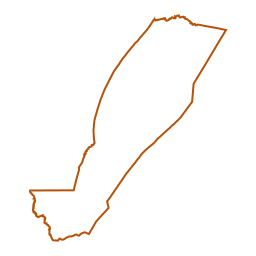 Sinazongwe, Southern, Zambia
{"feature_id": "96606910B20600796740117", "entity_name": "Sinazongwe", "entity_type": "district", "adm_level": 2, "iso_a3": "ZMB", "parent_name": "Zambia", "parent_adm1": "Southern", "projection": "natural_earth1", "projection_center": [27.144, -17.456], "detail": "fine", "context": "isolated", "style": "outline", "palette": "amber", "viewbox_px": 256, "rotation_deg": 0, "n_neighbors": 0, "source": "geoboundaries", "source_scale": "gbopen_adm2", "svg_char_len": 5302}
<svg xmlns="http://www.w3.org/2000/svg" viewBox="0 0 256 256"><path d="M92.2,144.8L91.8,145.0L91.6,145.3L91.4,146.1L91.5,146.5L91.2,146.6L88.6,147.4L88.5,147.8L88.6,148.6L88.1,148.8L86.9,149.9L86.9,150.7L86.8,151.0L86.1,151.0L85.6,151.4L85.7,152.0L85.7,153.7L85.7,153.8L85.3,154.4L85.2,154.4L85.0,153.8L84.8,153.4L84.7,153.4L84.3,154.2L84.2,154.5L84.2,154.8L84.1,155.4L84.2,155.5L84.3,155.6L84.4,156.1L84.1,156.7L84.1,157.1L84.0,157.5L83.4,158.1L83.4,158.3L82.6,161.1L81.8,163.0L78.9,167.3L78.9,167.6L79.0,168.2L79.1,169.6L78.4,172.2L76.6,178.4L73.7,190.3L30.1,190.5L30.0,191.2L30.0,191.4L30.3,192.4L30.6,192.8L31.6,193.4L31.8,193.7L31.8,194.0L32.1,194.4L32.1,194.5L32.5,194.9L32.9,195.2L33.2,195.3L33.2,195.5L33.4,195.7L33.6,195.8L34.0,196.3L34.3,197.3L34.2,197.5L34.1,197.8L34.4,198.1L34.2,198.3L34.3,198.3L34.5,198.5L34.7,198.8L34.7,199.0L34.7,199.3L34.6,199.7L34.9,200.0L35.1,200.6L35.0,201.0L34.9,200.8L34.6,200.8L34.5,201.0L34.7,201.6L34.6,201.9L34.4,202.0L34.1,202.4L34.2,202.5L34.1,202.9L33.9,202.9L33.8,203.2L33.9,204.1L33.8,204.6L33.7,205.0L33.8,205.4L33.6,205.4L33.8,205.7L33.7,206.0L33.8,206.2L33.7,206.4L33.4,206.3L33.3,206.8L33.2,207.0L33.4,207.2L33.5,207.5L33.4,207.8L33.6,208.0L33.3,208.3L33.4,208.5L33.3,208.8L33.1,208.9L33.0,209.2L32.9,209.4L33.2,210.1L33.2,210.4L33.0,210.7L33.2,211.0L33.6,211.2L33.4,211.8L33.4,212.1L33.6,212.3L34.2,212.2L34.3,211.9L34.5,211.9L34.7,212.6L35.1,212.8L35.0,213.1L35.3,212.7L35.6,213.0L35.3,213.2L35.7,213.4L35.8,213.5L35.9,213.8L36.0,213.8L36.2,214.0L35.8,214.3L35.7,214.4L36.2,214.9L36.1,215.5L36.2,215.9L36.4,216.1L36.8,216.4L37.0,216.3L37.5,216.5L37.7,216.8L38.5,217.1L38.7,216.8L38.9,216.9L39.0,216.8L39.2,216.6L40.4,216.2L40.7,216.0L41.8,215.6L42.1,215.5L42.6,215.5L42.4,215.8L42.4,216.0L42.7,216.4L42.9,216.4L43.0,216.2L43.1,215.7L43.5,216.1L43.5,216.5L44.0,216.7L44.5,216.9L44.6,217.2L44.8,217.4L45.0,217.6L45.3,218.2L45.3,218.6L45.2,218.8L44.6,219.2L44.9,219.6L44.7,220.2L44.8,220.4L44.6,221.3L44.5,221.5L44.8,222.4L44.5,222.7L45.2,223.3L45.8,223.3L46.3,223.6L46.6,223.5L46.8,224.6L47.0,224.7L47.5,224.9L48.0,225.0L48.2,225.4L48.5,225.7L48.7,226.2L49.6,226.7L49.6,227.0L49.6,227.9L50.0,228.3L50.1,228.5L49.9,229.0L49.7,229.1L49.0,229.4L48.9,229.6L49.2,230.0L49.6,231.4L49.4,232.4L49.4,233.5L49.4,234.2L49.5,234.6L49.7,234.9L49.8,235.0L50.0,234.9L50.4,234.7L50.7,235.3L51.2,236.8L51.9,238.5L52.6,239.9L52.9,240.1L53.0,240.2L54.1,240.4L56.8,240.5L57.8,240.6L58.0,240.6L58.2,240.4L58.9,239.4L59.2,238.9L59.4,238.7L59.8,238.6L60.0,238.6L60.9,239.3L61.5,239.6L62.0,239.7L63.1,239.6L64.1,239.3L66.6,237.5L67.7,237.2L69.1,236.5L69.7,236.3L70.8,236.5L71.2,236.4L72.1,236.1L73.6,235.7L74.1,235.5L74.4,235.2L74.7,234.9L75.0,234.8L76.1,234.5L77.4,235.1L78.5,235.6L78.8,235.6L79.0,235.6L79.6,235.2L80.4,234.2L81.4,233.6L83.5,232.6L84.2,232.6L84.8,232.3L88.9,234.0L96.3,221.3L108.6,207.9L107.1,201.4L108.4,199.7L111.3,195.6L126.1,173.9L135.5,162.2L137.8,159.0L139.0,157.8L140.5,155.5L142.7,152.9L143.7,152.0L144.5,151.1L147.7,148.2L151.0,145.5L152.3,144.5L153.3,143.5L155.2,141.7L157.2,139.1L159.8,136.9L161.9,134.9L162.7,134.3L163.7,133.3L166.4,130.9L167.5,129.8L168.9,128.7L171.3,126.4L172.4,125.2L174.2,123.9L175.5,122.4L177.8,120.4L178.7,119.3L179.7,118.4L180.2,117.8L181.2,116.7L181.5,116.3L181.4,116.3L192.1,101.8L193.5,85.3L193.6,83.8L203.5,67.5L218.9,41.7L222.3,36.1L226.0,30.0L217.5,28.2L205.8,26.1L198.3,24.6L197.6,24.6L197.2,25.0L196.0,25.4L195.7,25.4L195.1,24.1L194.8,24.0L194.5,23.9L194.1,24.0L193.8,24.4L193.5,24.7L192.8,24.8L192.6,24.8L192.2,24.4L192.1,23.5L191.9,23.2L191.6,23.0L191.1,23.2L190.5,23.3L190.4,23.3L190.3,23.0L190.5,22.0L190.5,21.8L190.0,21.3L188.8,20.7L187.2,19.3L186.1,19.0L185.8,18.8L185.2,18.8L185.0,18.5L184.9,18.1L184.9,17.8L184.8,17.3L184.3,17.5L183.7,17.5L183.4,17.3L183.5,16.9L183.4,16.7L183.2,16.7L180.3,17.4L179.9,17.5L179.7,17.4L179.2,16.7L179.2,16.3L179.0,16.1L178.9,15.6L178.8,15.4L178.6,15.4L178.2,15.4L177.8,15.5L177.4,15.8L177.2,15.8L176.8,16.0L176.4,16.2L175.7,16.6L174.9,16.2L174.8,16.4L174.8,16.6L175.1,17.0L175.6,17.3L175.6,17.6L175.5,17.9L175.2,18.3L174.9,18.4L174.7,18.2L174.4,18.1L174.0,18.3L173.3,18.0L172.2,17.3L171.8,17.3L171.4,18.1L171.0,18.6L170.7,18.8L169.9,18.5L169.4,19.2L169.1,19.2L168.7,20.0L167.8,20.3L166.7,20.8L166.3,20.7L166.1,20.1L165.8,19.8L165.3,19.7L164.7,19.4L164.8,18.8L165.0,18.9L165.2,18.4L165.1,18.2L164.9,18.1L163.9,18.2L163.4,18.4L163.0,18.7L162.2,19.1L161.8,19.1L161.6,19.0L161.2,19.0L160.3,19.2L159.8,19.5L159.4,19.5L159.1,19.6L158.5,19.6L158.3,19.7L158.1,19.9L157.4,19.9L157.3,20.1L156.9,20.1L156.2,20.2L155.5,20.5L155.4,20.5L155.3,19.9L155.3,19.7L154.2,19.6L154.2,19.4L153.2,20.7L149.8,25.9L146.5,30.4L142.5,34.9L142.0,35.6L141.4,36.3L140.7,36.9L139.6,38.4L138.0,40.5L137.2,41.4L134.7,43.6L133.9,44.9L133.2,45.7L131.8,47.2L129.9,49.6L128.4,51.3L127.7,52.3L127.1,53.0L125.1,55.7L122.6,58.7L121.8,59.9L119.9,62.7L119.3,63.8L118.2,65.4L117.2,66.5L116.8,67.3L114.0,71.1L104.8,89.0L100.8,99.1L100.1,101.1L99.6,102.8L99.0,104.5L98.1,107.4L97.3,110.0L94.7,119.2L94.3,121.4L94.3,122.4L94.1,123.3L94.0,124.6L93.9,125.0L93.8,127.5L93.5,129.7L93.5,131.5L93.6,132.9L93.7,134.6L93.8,135.2L93.7,136.4L93.8,136.9L93.9,138.1L93.9,138.6L94.4,141.4L94.6,142.9L94.0,143.4L93.8,144.3L93.7,144.6L93.2,145.0L92.9,145.1L92.6,145.1L92.2,144.8Z" fill="none" stroke="#b45309" stroke-width="2"/></svg>